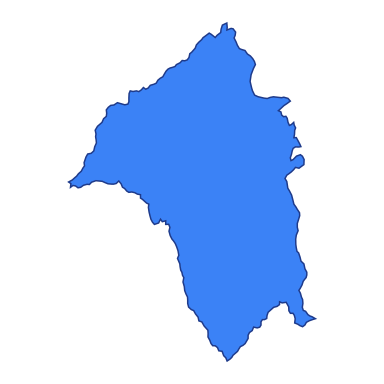 the district of Pindamonhangaba, São Paulo, Brazil
{"feature_id": "56859067B24511577204159", "entity_name": "Pindamonhangaba", "entity_type": "district", "adm_level": 2, "iso_a3": "BRA", "parent_name": "Brazil", "parent_adm1": "São Paulo", "projection": "equal_earth", "projection_center": [-45.457, -22.887], "detail": "fine", "context": "isolated", "style": "filled", "palette": "blue", "viewbox_px": 384, "rotation_deg": 0, "n_neighbors": 0, "source": "geoboundaries", "source_scale": "gbopen_adm2", "svg_char_len": 3995}
<svg xmlns="http://www.w3.org/2000/svg" viewBox="0 0 384 384"><path d="M106.3,109.9L106.7,113.3L106.3,116.4L103.6,118.7L102.0,122.4L97.5,126.3L95.2,130.2L96.0,134.0L95.6,136.7L96.1,139.6L96.4,143.0L94.7,146.8L93.8,150.9L91.2,153.3L87.7,154.0L86.0,157.0L84.1,162.6L84.5,165.9L82.9,168.1L81.3,171.2L78.4,173.8L76.6,176.2L74.8,177.7L72.4,179.9L68.6,182.0L70.9,183.6L70.5,187.3L72.9,185.5L75.5,185.9L78.0,187.8L80.7,187.3L83.4,185.3L87.0,184.3L89.4,184.5L91.6,182.2L95.9,180.7L99.1,181.0L102.2,181.3L104.8,182.5L108.0,183.8L111.7,184.1L113.7,184.1L116.2,183.5L118.8,181.0L121.1,183.8L122.5,187.2L124.6,188.5L126.8,191.1L128.8,192.3L131.8,192.0L134.8,192.7L137.3,194.1L140.5,194.7L140.5,198.1L142.4,199.3L144.6,201.3L146.6,203.1L148.8,204.1L148.4,207.4L149.1,212.1L150.0,215.9L150.9,219.2L152.5,222.2L154.4,224.4L158.6,223.0L160.5,219.2L162.3,221.7L165.7,220.8L165.7,224.4L168.7,224.3L169.9,227.4L169.0,231.2L170.2,235.6L171.9,239.0L173.5,240.9L175.3,243.6L176.7,246.9L178.0,250.7L178.8,255.3L177.5,258.4L178.6,261.0L179.8,263.8L180.1,266.7L180.7,270.1L181.9,272.3L182.5,275.3L183.8,277.6L183.0,282.0L184.3,286.6L184.7,290.6L186.0,294.0L187.5,297.0L187.7,299.9L187.7,303.5L188.6,307.1L191.3,309.6L193.7,310.6L195.5,313.9L198.1,317.2L198.9,320.9L201.8,321.9L204.2,326.1L207.9,330.2L208.1,333.6L208.0,337.0L209.8,340.3L211.0,343.5L212.7,345.7L215.3,345.8L217.5,347.6L218.8,350.8L222.1,351.3L223.7,355.7L225.8,357.8L227.1,361.0L229.9,359.2L231.8,357.4L233.0,355.3L237.5,351.4L238.9,348.9L240.4,346.6L242.9,345.4L245.1,343.6L248.1,338.5L248.1,335.2L249.5,332.5L252.2,330.6L253.6,327.1L257.2,327.9L259.7,327.2L261.0,325.1L261.0,321.8L262.4,319.6L264.5,319.6L266.7,318.5L267.0,315.6L268.1,312.3L270.2,310.4L273.7,307.3L277.1,306.4L279.5,304.6L279.6,301.8L282.1,302.9L286.2,302.3L288.7,306.9L288.9,310.8L290.4,313.3L293.0,313.3L294.3,315.3L295.2,318.7L294.7,323.0L297.8,324.2L299.9,325.6L302.6,326.7L304.9,325.0L306.4,322.3L309.4,320.7L312.8,319.5L315.4,318.7L312.2,316.8L309.8,315.9L307.9,314.6L305.6,311.3L303.3,310.4L302.3,307.3L302.9,303.4L302.6,299.6L301.5,297.2L300.4,293.2L298.9,290.4L300.2,288.4L302.0,285.0L303.2,281.3L304.6,279.4L306.1,277.6L306.8,275.0L306.8,272.2L304.9,268.7L303.9,263.9L301.0,261.1L300.0,257.0L298.6,252.9L297.0,251.4L296.2,247.4L295.8,244.3L295.7,239.1L296.3,235.1L298.1,230.7L297.3,227.3L297.3,223.4L298.3,220.3L299.7,215.7L299.5,212.7L297.3,209.4L296.0,207.1L293.9,204.2L292.7,199.3L291.6,195.1L289.4,190.8L287.8,188.2L287.3,184.8L286.8,181.5L285.0,178.5L286.8,175.2L289.2,173.5L291.2,172.0L293.5,169.8L295.5,167.4L299.0,168.2L303.9,164.6L304.1,159.5L302.4,156.2L300.4,154.7L296.5,156.1L293.1,159.6L291.0,160.6L290.3,157.8L291.5,154.2L292.2,150.9L293.1,148.4L295.4,146.9L298.9,147.0L300.9,146.6L299.7,143.9L298.0,140.7L296.3,137.6L293.9,137.7L294.5,134.4L294.7,130.3L295.6,127.9L294.2,125.1L293.7,122.4L291.3,124.6L289.4,125.4L288.0,122.3L287.2,118.3L285.9,116.3L283.6,116.7L281.7,115.1L280.9,111.9L278.4,110.7L280.8,108.5L283.9,105.6L286.9,103.6L290.3,101.1L288.0,98.4L283.8,97.2L281.5,97.7L273.4,96.8L270.2,97.4L267.3,98.5L264.0,98.1L261.0,97.4L258.0,96.7L254.6,95.1L252.5,90.8L251.7,88.2L251.0,85.3L250.1,81.4L251.1,74.7L253.4,68.6L255.4,64.6L254.4,61.4L252.7,58.6L250.4,56.0L247.4,54.0L245.0,50.5L241.3,49.4L239.4,48.6L237.4,45.3L236.1,42.0L234.1,38.0L235.2,35.2L235.6,32.1L233.1,28.8L231.1,28.4L226.9,30.0L227.2,27.4L226.8,23.0L222.4,25.1L221.1,29.2L220.7,32.5L217.1,35.3L215.2,37.5L211.2,34.3L209.2,33.1L205.1,36.2L203.1,37.6L201.6,39.7L198.8,42.2L196.4,44.9L195.2,48.2L191.6,52.3L189.8,53.7L189.0,57.5L187.2,59.9L184.7,60.8L182.2,60.5L180.0,62.8L176.4,64.6L175.0,66.5L172.4,67.4L170.1,68.0L168.0,69.1L166.1,71.1L164.6,73.6L162.8,76.8L160.3,78.2L157.9,80.2L156.2,83.2L154.0,84.2L150.3,85.3L148.1,88.1L145.7,89.2L143.4,87.5L141.4,89.8L138.9,91.6L136.4,90.9L133.0,91.5L130.2,90.9L129.1,93.5L128.9,97.8L128.9,101.7L127.9,104.1L124.8,104.8L120.9,103.7L117.4,102.7L113.9,105.0L110.7,105.4L108.3,107.3L106.3,109.9Z" fill="#3b82f6" stroke="#1e3a8a" stroke-width="1.5"/></svg>